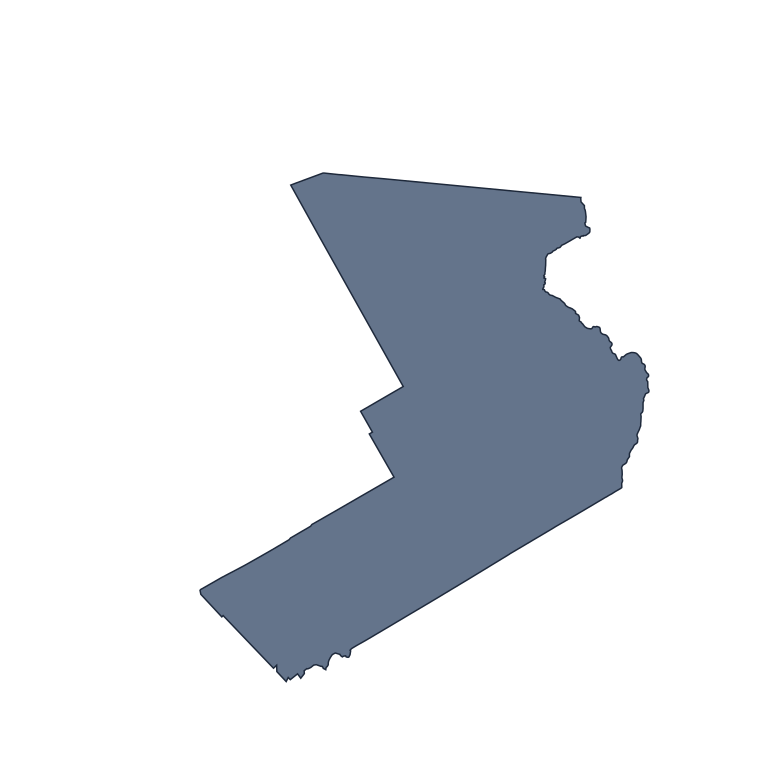 Aroostook, Maine, United States of America, rotated 60°
{"feature_id": "52423323B61306663314312", "entity_name": "Aroostook", "entity_type": "district", "adm_level": 2, "iso_a3": "USA", "parent_name": "United States of America", "parent_adm1": "Maine", "projection": "orthographic", "projection_center": [-68.421, 46.517], "detail": "fine", "context": "isolated", "style": "filled", "palette": "slate", "viewbox_px": 768, "rotation_deg": 60, "n_neighbors": 0, "source": "geoboundaries", "source_scale": "gbopen_adm2", "svg_char_len": 4874}
<svg xmlns="http://www.w3.org/2000/svg" viewBox="0 0 768 768"><g transform="rotate(60 384 384)"><path d="M592.8,617.5L590.3,613.7L593.2,613.0L591.8,603.8L597.2,603.2L595.0,597.8L592.4,596.5L591.9,593.1L592.6,592.5L592.9,589.2L592.3,585.5L593.2,583.0L597.3,579.5L597.3,579.1L597.4,578.9L597.9,578.6L598.8,578.6L600.0,578.8L600.2,578.7L600.6,578.3L602.3,577.3L600.7,576.0L600.5,575.6L600.3,574.5L599.5,573.0L598.9,572.4L597.8,571.8L596.8,571.0L595.5,569.5L594.1,567.3L592.7,564.6L592.5,563.3L592.6,560.9L592.7,560.6L596.2,557.3L596.6,557.4L597.4,557.4L599.4,556.6L599.6,556.4L599.4,555.5L600.1,553.3L600.4,553.1L601.2,553.3L601.9,552.8L602.7,551.8L602.9,551.0L601.5,548.8L598.4,546.3L598.1,546.3L597.8,546.5L597.6,546.5L597.2,545.4L596.9,544.0L596.8,538.2L596.9,526.9L596.8,517.4L596.3,476.1L596.0,450.1L595.2,405.9L595.0,397.8L594.1,360.6L594.0,360.1L593.5,316.4L593.5,314.4L593.3,306.2L593.3,284.6L593.3,282.1L592.9,248.9L593.0,247.9L592.9,244.6L593.0,241.7L592.8,237.6L592.8,231.4L592.7,230.5L592.6,229.9L591.8,229.4L589.9,228.4L588.7,227.7L587.6,226.2L586.8,225.6L586.3,225.4L584.6,225.0L583.7,224.6L581.4,222.9L578.4,221.3L577.3,220.8L575.9,220.4L575.2,220.0L574.8,219.5L574.4,219.0L573.8,217.8L573.7,217.3L573.7,215.8L573.6,214.2L573.1,213.1L572.9,212.7L571.4,211.3L571.0,210.6L569.6,207.7L567.9,206.8L566.7,206.0L566.5,205.6L564.8,203.0L564.1,201.2L563.4,199.9L563.1,199.6L562.2,198.1L561.9,197.4L561.8,195.3L561.6,194.3L561.0,193.4L559.5,192.5L558.4,191.5L558.0,191.3L555.2,190.7L554.4,190.2L554.1,189.9L552.9,188.3L551.3,185.9L549.4,183.7L548.7,182.7L546.0,181.1L545.4,180.6L540.7,177.6L538.4,176.7L538.0,176.0L537.7,174.7L537.2,173.8L536.7,173.3L534.9,172.0L529.7,169.0L529.4,168.7L528.6,167.7L528.1,167.1L526.4,166.6L524.8,164.3L523.5,162.7L523.3,162.2L523.3,161.6L523.5,159.5L523.3,158.7L523.0,158.4L521.8,157.7L519.0,157.3L514.0,154.5L513.7,154.4L512.4,154.6L511.7,154.5L511.1,154.1L510.1,153.1L509.9,152.5L509.9,151.6L509.8,151.3L509.2,150.7L507.9,150.2L506.9,150.4L505.4,150.9L502.1,150.9L501.3,150.5L500.8,150.2L499.7,149.2L498.6,148.7L497.6,148.7L496.9,148.9L495.4,149.9L494.8,150.1L493.7,149.9L491.2,148.8L489.9,148.7L488.7,148.9L485.1,149.6L483.9,150.0L483.1,150.5L482.3,151.3L481.5,152.3L480.7,153.5L480.3,154.3L479.6,158.0L479.5,159.3L480.2,163.0L480.1,163.4L479.5,164.2L479.5,164.8L479.6,165.2L480.7,166.3L481.0,166.8L481.1,167.2L481.3,167.7L481.2,168.3L481.0,168.8L480.7,169.0L479.8,169.3L478.6,169.3L474.1,168.8L473.6,169.0L471.9,170.3L471.2,170.6L470.5,170.6L468.4,170.2L467.4,170.4L465.6,169.9L465.3,169.5L464.9,168.6L464.5,167.7L464.1,167.0L463.3,166.5L462.5,166.3L461.7,166.4L460.2,167.1L459.4,167.2L458.3,167.1L456.9,166.6L456.3,166.5L454.3,166.7L453.2,167.0L452.2,167.6L450.2,169.7L448.8,170.3L447.9,170.5L447.5,170.5L446.2,170.1L444.2,169.2L442.8,169.0L442.0,169.6L440.9,170.6L440.5,171.1L440.2,172.6L439.3,173.4L439.0,173.9L439.0,174.5L439.7,175.8L439.9,176.4L439.8,176.9L439.6,177.4L437.8,179.7L437.2,180.2L435.0,181.4L434.0,181.6L431.3,181.9L429.6,182.4L428.5,182.4L427.6,183.1L427.0,183.3L426.6,183.2L424.3,181.5L422.1,181.1L421.6,181.1L421.0,181.4L418.7,182.8L418.1,182.6L417.7,182.1L417.2,182.0L416.4,182.0L413.0,183.4L411.2,184.7L409.9,185.9L407.5,187.1L406.5,187.4L404.5,187.3L400.1,188.8L398.4,189.0L394.9,191.9L391.5,194.0L390.6,195.1L389.8,195.8L388.8,196.2L387.2,196.3L386.6,196.5L385.9,197.0L385.1,197.9L383.6,198.2L383.0,198.0L382.5,198.0L382.0,198.4L381.5,199.2L381.3,199.1L380.7,198.5L379.9,197.0L378.5,196.2L378.0,196.0L377.9,194.6L377.1,193.8L376.7,193.8L376.5,194.0L376.1,194.0L375.0,192.6L373.7,191.4L372.5,192.4L372.2,192.5L371.9,192.3L371.8,191.5L371.6,191.3L370.7,191.6L370.2,191.6L369.2,189.6L368.1,189.1L367.5,188.5L366.4,187.6L364.2,186.2L362.1,184.7L358.3,182.4L357.2,181.7L356.5,181.6L355.3,180.4L353.4,177.2L353.4,176.3L353.6,175.7L353.8,175.4L354.0,174.3L353.9,172.3L353.5,171.6L353.4,170.5L353.6,169.4L353.5,167.5L353.4,167.2L353.1,167.0L353.0,166.7L353.0,165.6L353.3,165.2L353.7,163.3L352.7,160.6L353.0,157.4L353.0,143.3L354.4,141.7L354.9,141.7L355.7,141.4L355.6,141.0L355.1,140.6L354.8,140.2L354.6,139.4L355.0,138.0L355.3,137.9L355.5,137.7L355.3,137.4L355.2,136.9L355.8,136.1L356.2,135.0L355.8,131.0L355.2,129.7L352.8,128.2L351.7,127.9L350.7,128.7L348.0,130.4L347.7,130.4L345.0,129.6L344.9,128.6L344.7,128.4L342.8,127.1L340.2,125.4L335.6,123.4L333.8,122.8L332.3,122.7L329.6,121.2L329.0,121.4L324.8,122.3L321.8,120.9L320.9,120.2L279.6,178.3L255.0,212.9L205.9,281.9L194.9,297.6L181.4,316.4L180.1,318.4L171.3,330.5L170.8,331.5L165.9,360.2L165.1,365.3L223.1,366.3L395.8,368.6L395.9,417.9L419.9,418.1L419.9,421.7L469.7,421.9L469.7,493.8L469.6,516.7L470.5,518.7L470.6,541.9L471.4,544.1L471.6,564.7L471.6,569.6L471.4,595.7L470.4,621.4L470.3,645.6L470.7,646.5L474.6,647.8L504.6,640.9L504.1,639.1L545.5,629.0L574.9,621.8L573.9,617.6L579.5,620.6L592.8,617.5Z" fill="#64748b" stroke="#1e293b" stroke-width="1.5"/></g></svg>